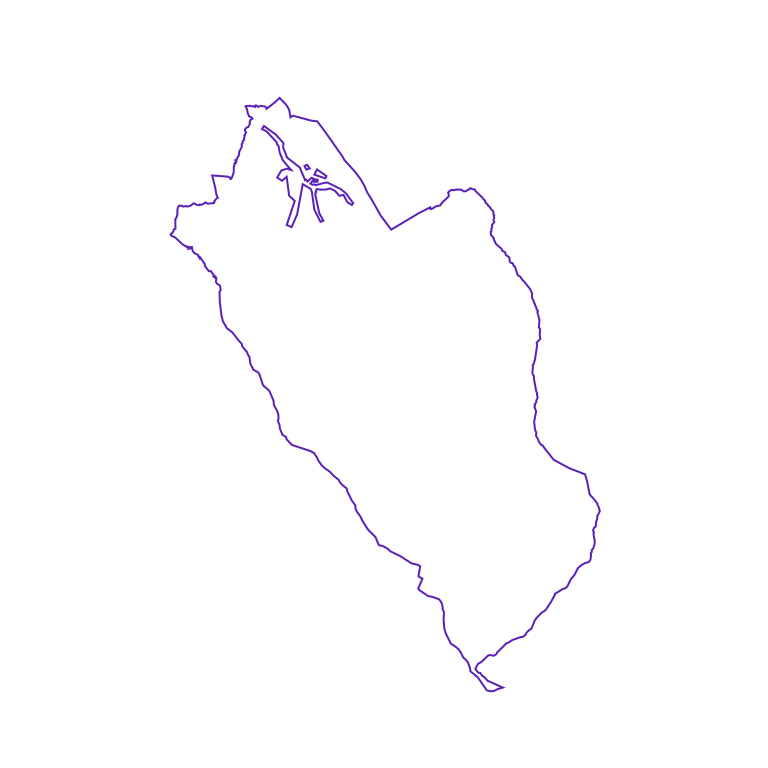 Capalnita, Harghita, Romania, rotated 120°
{"feature_id": "2599482B88732151149022", "entity_name": "Capalnita", "entity_type": "district", "adm_level": 2, "iso_a3": "ROU", "parent_name": "Romania", "parent_adm1": "Harghita", "projection": "albers", "projection_center": [25.497, 46.388], "detail": "fine", "context": "isolated", "style": "outline", "palette": "violet", "viewbox_px": 768, "rotation_deg": 120, "n_neighbors": 0, "source": "geoboundaries", "source_scale": "gbopen_adm2", "svg_char_len": 6170}
<svg xmlns="http://www.w3.org/2000/svg" viewBox="0 0 768 768"><g transform="rotate(120 384 384)"><path d="M322.6,639.1L326.5,640.8L328.8,643.3L328.8,644.3L330.8,646.7L330.6,647.6L331.4,649.5L332.0,650.6L332.7,650.7L335.4,650.5L341.1,647.5L343.3,647.0L345.7,647.1L353.9,642.2L354.9,643.1L355.9,643.3L357.5,642.6L361.0,643.6L361.7,642.9L361.9,641.6L361.5,638.1L363.8,628.3L363.9,625.2L363.2,622.5L364.6,623.4L362.0,619.6L364.0,620.2L362.3,618.3L364.4,616.1L365.5,613.9L365.2,609.3L366.2,608.7L367.3,606.4L366.3,606.5L369.8,599.0L371.3,598.1L373.9,592.1L372.8,590.5L374.9,585.8L375.4,583.6L376.2,584.7L376.8,581.7L379.6,580.7L380.6,578.6L380.8,575.2L384.1,572.5L386.5,572.5L395.1,567.2L405.7,559.2L410.3,554.8L414.3,547.8L415.1,541.1L418.8,532.3L420.4,527.2L422.4,525.4L424.9,518.5L426.3,517.0L427.8,514.2L433.4,509.7L437.0,504.1L436.8,499.3L437.7,496.9L445.2,488.6L445.9,487.0L446.9,481.1L447.9,479.0L452.7,472.6L454.3,470.9L457.2,468.9L460.9,462.9L463.2,460.3L466.7,458.0L469.0,457.5L471.5,454.2L474.7,451.8L478.9,446.3L478.8,442.2L480.6,440.8L482.5,434.0L482.9,433.7L478.9,414.4L478.7,410.2L481.2,405.3L483.0,402.8L485.5,397.6L486.5,393.4L487.0,387.5L488.7,381.4L489.7,375.4L491.2,372.9L492.1,370.3L493.2,364.0L495.2,362.2L501.2,353.3L503.3,348.3L505.9,346.6L507.9,344.1L510.5,338.3L513.3,334.2L518.2,324.8L520.8,314.9L526.2,307.8L525.1,304.7L524.8,302.1L524.9,298.5L525.7,294.8L524.9,283.5L525.6,270.6L523.6,264.0L523.8,261.5L533.1,258.1L533.5,256.5L533.4,253.4L544.0,252.1L544.8,250.6L545.6,240.0L544.1,235.4L542.9,228.7L543.9,226.3L545.4,223.9L548.0,221.6L549.7,220.7L551.5,218.0L558.3,214.6L565.8,209.3L568.9,206.0L575.4,196.4L575.8,190.2L576.4,186.9L578.2,183.1L581.2,178.6L581.9,175.3L583.2,172.1L586.9,167.6L589.6,165.5L591.2,156.0L597.9,141.7L596.8,138.2L595.2,135.6L591.5,133.1L587.5,129.3L589.2,145.9L587.6,150.8L587.7,152.9L586.1,156.2L586.8,157.6L586.4,159.6L584.9,162.5L579.5,162.7L576.0,160.7L566.9,158.0L565.7,156.7L564.7,153.6L563.7,152.5L561.6,151.6L560.0,151.8L547.0,148.2L545.9,147.0L542.0,145.1L539.3,142.9L534.5,138.8L534.1,137.7L530.8,136.1L527.8,136.2L524.0,135.0L522.4,134.0L513.6,135.2L510.1,134.9L503.0,133.1L500.7,131.7L498.4,131.0L488.6,130.4L481.7,130.6L480.4,131.1L472.3,126.8L470.2,124.8L467.9,124.0L460.0,124.6L454.0,123.6L446.6,124.0L441.7,122.3L438.7,120.4L435.7,117.6L434.2,117.3L432.5,117.5L428.6,119.2L427.5,120.2L425.7,120.1L423.8,121.0L421.7,120.6L417.5,121.6L415.0,122.7L409.0,127.7L407.6,127.9L406.7,129.4L405.9,129.8L403.3,130.2L401.7,129.4L396.8,131.5L394.2,131.9L391.9,133.2L386.2,133.5L385.8,134.2L383.8,135.8L381.8,138.8L380.9,139.4L378.6,144.9L377.3,149.4L376.3,151.1L366.9,159.3L361.7,164.7L364.3,181.5L364.8,199.2L359.6,212.3L357.9,215.8L358.2,217.3L357.6,218.9L356.2,221.6L355.0,222.8L352.7,226.6L349.7,227.9L348.8,229.4L347.1,231.1L341.6,235.1L331.6,238.6L328.8,242.1L327.4,242.3L326.5,243.3L323.8,243.0L322.4,243.8L318.9,244.1L316.5,246.4L315.6,246.6L313.9,248.8L304.6,256.7L302.2,258.1L301.3,260.0L299.4,261.5L295.5,263.1L293.3,264.6L292.2,264.3L287.3,265.5L273.8,270.8L271.8,272.5L266.7,271.2L263.8,273.6L258.5,276.2L257.9,277.0L257.8,278.1L250.8,281.4L245.0,287.2L244.3,287.0L243.1,288.2L242.9,289.3L241.2,290.7L240.7,292.0L238.4,294.5L238.5,295.0L237.1,296.0L235.3,299.0L231.6,301.0L228.8,304.8L225.3,313.5L224.6,316.3L222.9,319.7L222.9,322.6L216.8,329.4L216.9,330.8L215.5,332.3L215.1,333.3L215.6,334.4L215.2,336.2L211.7,338.8L211.4,342.7L211.1,343.4L209.4,344.8L209.5,348.3L208.6,348.9L208.1,350.1L206.7,357.0L206.2,358.0L205.2,358.8L205.3,359.4L203.6,361.5L202.8,361.8L201.6,365.6L199.0,367.7L197.5,367.5L196.1,368.6L194.0,368.8L192.4,370.0L188.5,369.5L187.1,371.3L184.9,371.7L183.5,373.0L182.8,372.9L182.0,374.3L180.8,374.8L179.7,376.2L178.7,379.7L178.0,380.1L177.5,383.0L176.7,384.0L176.2,386.4L175.5,387.6L174.5,388.4L174.3,390.3L173.4,392.0L171.2,401.1L170.1,402.8L170.9,404.2L171.3,407.3L173.1,407.6L173.7,408.3L176.2,409.6L177.3,411.1L177.1,414.4L179.7,419.0L181.7,420.9L181.8,422.2L183.6,423.5L186.1,424.2L188.1,422.2L189.6,421.9L198.3,424.5L201.2,424.5L204.3,428.0L207.8,429.7L209.3,431.2L207.9,432.3L218.5,439.2L246.7,454.9L239.8,471.1L230.3,487.1L226.4,494.5L222.1,500.2L218.2,506.9L214.6,515.4L209.9,530.3L207.7,533.7L204.3,541.1L194.9,561.3L189.9,573.2L192.3,578.6L197.2,597.1L199.8,598.3L194.0,603.2L192.2,606.1L190.7,609.5L188.5,617.5L194.8,619.4L204.4,623.3L203.4,624.5L203.2,625.8L204.8,629.8L207.0,631.7L206.6,633.2L206.8,634.3L207.6,634.8L208.4,634.3L208.5,635.5L209.8,637.6L210.0,639.4L211.0,640.1L212.0,642.2L212.8,642.7L214.4,640.2L218.3,636.7L218.8,635.4L219.7,634.8L219.4,632.1L220.0,630.6L222.1,631.7L224.3,631.4L225.1,630.4L228.6,630.0L229.4,630.1L230.7,631.3L233.1,631.7L234.2,631.0L235.1,629.2L238.6,629.2L238.8,628.6L241.1,628.1L241.4,627.7L243.1,627.2L244.9,627.8L246.1,626.9L247.7,627.2L248.8,626.1L250.5,625.7L255.0,625.6L258.6,624.0L261.3,624.2L263.3,623.7L264.5,624.6L264.7,623.3L265.3,623.0L267.2,623.8L267.5,622.9L268.4,623.4L271.5,622.4L275.8,620.0L281.3,618.9L283.1,619.1L283.2,619.7L282.2,620.3L282.5,622.9L289.3,637.1L298.4,628.3L303.4,624.2L305.9,621.1L306.2,621.6L310.8,622.4L311.5,621.7L312.3,621.7L315.7,626.4L316.2,627.9L315.9,629.3L319.0,630.9L320.3,632.0L320.5,633.2L321.6,633.6L322.4,635.5L322.6,639.1ZM248.8,539.6L249.9,539.8L251.9,538.7L252.1,539.2L254.4,538.2L268.5,525.4L272.9,518.1L275.3,520.1L267.8,531.5L253.7,542.5L251.7,545.1L251.6,554.3L280.6,544.0L294.3,542.5L295.0,547.7L270.1,552.8L268.3,560.4L253.2,571.9L259.0,573.9L258.6,579.7L250.5,579.7L246.1,575.8L245.1,571.5L240.8,583.5L236.0,589.8L230.9,594.1L229.6,596.7L228.3,597.9L223.9,612.1L224.2,617.2L220.5,617.0L222.1,602.4L225.6,591.7L230.0,589.3L235.2,582.4L236.3,581.6L238.6,565.2L246.9,554.3L245.9,553.7L247.0,551.5L241.5,549.8L241.4,547.1L247.3,547.9L247.1,545.5L246.0,544.3L245.9,542.5L239.5,536.1L237.8,533.6L236.8,519.0L237.8,512.7L242.8,501.1L245.1,501.3L244.8,506.7L240.5,513.7L243.3,516.6L241.3,522.8L241.5,528.4L244.7,531.6L247.5,536.3L248.8,539.6ZM237.5,549.0L231.7,549.3L232.7,537.8L235.3,537.7L237.5,549.0ZM237.2,558.5L234.9,561.9L232.6,560.2L234.5,556.2L237.2,558.5ZM243.7,545.4L241.2,545.8L240.2,543.5L242.2,542.7L243.7,545.4Z" fill="none" stroke="#5b21b6" stroke-width="2"/></g></svg>